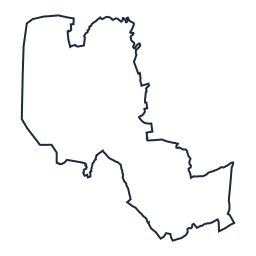 Onicha, Ebonyi, Nigeria (Natural Earth projection)
{"feature_id": "59680162B38335311272259", "entity_name": "Onicha", "entity_type": "district", "adm_level": 2, "iso_a3": "NGA", "parent_name": "Nigeria", "parent_adm1": "Ebonyi", "projection": "natural_earth1", "projection_center": [7.874, 6.105], "detail": "fine", "context": "isolated", "style": "outline", "palette": "slate", "viewbox_px": 256, "rotation_deg": 0, "n_neighbors": 0, "source": "geoboundaries", "source_scale": "gbopen_adm2", "svg_char_len": 5265}
<svg xmlns="http://www.w3.org/2000/svg" viewBox="0 0 256 256"><path d="M21.8,119.1L27.4,128.5L35.3,138.7L40.0,144.9L51.6,144.8L56.7,152.6L56.7,162.8L57.1,163.0L57.2,162.8L57.4,162.8L58.2,163.2L59.1,163.8L59.2,163.6L59.3,163.6L59.7,163.9L60.2,164.2L60.8,164.1L61.5,163.9L63.6,163.1L64.5,162.5L65.7,161.3L66.8,159.9L71.2,160.6L82.6,162.6L83.0,162.8L84.7,163.2L84.9,163.4L85.3,163.6L85.7,163.8L85.9,164.3L85.5,164.7L85.3,165.0L85.4,165.4L86.1,165.5L86.3,166.0L86.0,166.2L86.5,167.2L86.7,167.4L86.7,167.7L86.2,168.1L85.7,169.1L84.6,169.4L84.1,169.5L83.9,170.0L83.8,171.0L83.8,172.6L83.3,172.8L84.0,174.7L84.5,175.5L84.7,175.8L87.2,174.8L87.9,177.4L88.4,177.2L90.3,176.5L90.2,176.2L90.4,175.5L90.5,174.9L90.5,174.2L90.0,172.1L90.7,171.7L91.4,171.2L91.1,170.4L92.6,163.4L93.8,162.1L94.2,160.9L94.9,160.0L95.8,159.5L95.5,158.9L95.8,157.9L96.4,156.1L96.5,155.1L96.9,154.9L97.3,154.9L99.1,153.3L101.6,151.5L102.7,150.7L102.8,151.3L103.2,151.6L104.9,153.3L106.8,155.4L108.2,157.2L109.6,158.3L111.4,159.3L113.4,160.2L115.5,161.6L117.2,161.9L119.1,163.4L120.6,164.6L121.2,167.3L121.4,168.8L121.9,169.8L122.3,171.2L122.3,172.3L122.5,173.1L122.7,173.6L123.0,174.0L123.0,175.0L122.9,175.6L123.0,176.0L122.8,176.4L122.9,177.1L122.7,177.6L123.1,178.2L123.3,179.2L123.7,179.8L124.1,181.3L124.7,181.7L125.3,182.4L126.2,183.6L126.4,185.3L127.3,187.0L128.1,188.4L130.6,199.3L127.2,202.2L131.9,205.7L135.5,207.7L138.7,211.3L139.7,212.4L140.9,213.3L142.1,214.5L142.5,215.6L143.4,216.0L144.4,217.1L145.5,217.8L146.4,218.7L146.8,220.4L147.9,222.6L148.8,222.2L148.7,223.4L149.5,225.5L151.2,228.5L155.9,232.3L160.6,238.6L163.7,236.9L164.9,235.0L166.0,233.2L170.4,234.0L171.1,237.5L172.7,240.6L174.9,240.0L177.4,239.1L181.4,238.1L184.5,236.0L185.7,235.3L187.6,232.4L187.5,228.9L188.6,228.1L190.9,228.3L191.9,227.3L192.4,224.5L193.8,223.9L196.9,227.8L200.9,225.8L201.9,225.9L203.8,224.4L207.1,223.4L209.6,223.3L212.2,222.4L217.6,219.4L218.1,220.6L218.7,222.2L219.0,231.3L224.9,228.4L230.9,224.5L234.2,223.0L231.1,217.5L229.8,215.2L229.1,214.5L228.4,214.3L227.7,213.8L228.3,212.6L228.5,211.8L228.8,211.0L229.4,209.4L229.4,208.1L229.5,205.4L229.3,203.7L228.8,200.5L229.0,198.3L230.1,186.5L231.3,172.5L231.7,167.7L233.1,164.0L233.1,162.5L231.2,162.8L228.9,164.5L227.2,165.6L224.1,167.2L223.6,167.5L221.1,167.2L219.2,168.6L216.2,170.0L213.9,170.7L213.3,171.3L211.3,171.6L208.2,172.7L207.3,174.0L204.6,175.5L202.5,176.3L200.8,176.2L197.2,176.4L194.7,176.5L193.6,176.3L191.0,177.8L190.2,173.4L188.8,170.5L188.5,168.9L189.1,168.2L190.5,167.6L190.9,166.5L190.9,165.6L189.6,164.0L189.3,162.7L189.7,160.5L190.3,159.5L190.4,158.4L188.4,155.9L186.8,150.6L185.6,149.5L182.8,149.4L179.1,147.4L177.7,148.0L176.3,147.4L176.4,145.7L177.9,143.8L177.3,143.5L176.4,143.4L176.0,143.3L175.4,143.0L173.8,142.8L172.7,142.7L170.3,142.1L169.1,141.8L167.9,141.6L166.3,141.2L165.2,140.7L163.5,140.2L162.8,139.8L161.8,139.6L161.4,139.6L160.3,139.6L158.7,139.8L157.7,139.9L156.5,140.0L155.8,140.0L154.5,140.2L153.2,140.2L151.5,140.2L150.5,140.4L149.6,140.5L148.6,140.4L147.6,140.5L147.3,140.2L147.4,139.8L147.3,139.4L147.1,139.3L147.1,138.8L146.8,138.3L146.9,138.1L147.4,137.7L146.8,136.6L146.9,134.6L146.5,132.7L151.8,131.6L152.4,131.6L152.2,130.3L151.9,128.2L151.3,123.5L150.1,123.5L149.0,123.6L148.3,123.6L145.1,123.1L143.0,121.9L141.9,120.9L140.3,119.0L139.8,118.5L139.3,117.7L139.0,117.1L140.1,116.4L141.5,115.6L142.1,115.3L142.6,115.0L144.9,111.9L144.4,108.8L145.9,108.5L147.2,108.3L146.4,102.5L145.1,102.5L145.0,100.6L145.2,98.4L145.4,96.6L145.5,95.2L145.9,91.9L146.6,91.5L146.1,88.4L147.3,87.1L148.9,85.9L148.5,83.7L147.5,84.0L141.5,85.7L141.4,84.7L140.6,81.9L140.2,80.2L140.5,79.0L140.5,78.0L140.3,77.3L140.2,75.7L140.1,73.7L139.7,72.9L138.3,73.7L134.4,63.0L134.1,62.4L134.0,61.9L134.0,61.4L135.1,59.0L135.7,56.9L136.4,55.0L135.8,52.6L135.9,51.4L136.0,49.9L137.1,49.2L139.8,46.4L140.2,44.6L139.4,43.5L138.7,43.7L137.2,44.9L136.0,46.4L134.9,48.3L134.0,48.2L133.0,46.8L134.3,44.4L134.2,43.2L133.8,42.6L133.0,41.9L132.2,41.3L131.3,40.3L130.9,38.7L130.8,37.9L130.6,37.3L130.8,36.6L131.4,35.8L132.6,35.0L133.4,34.0L133.5,33.5L133.3,32.9L132.0,32.8L130.9,33.0L130.2,32.3L132.4,28.4L133.8,24.6L133.9,23.9L133.6,23.0L129.9,21.1L128.5,19.4L128.2,17.9L127.8,17.6L127.0,17.9L126.8,18.3L126.8,18.7L127.6,19.4L127.8,20.3L126.9,22.0L126.4,22.3L126.1,22.3L125.9,22.2L125.6,21.0L125.4,20.2L125.0,19.4L124.0,18.4L123.0,18.0L122.7,18.2L122.8,20.0L121.7,21.4L120.9,21.6L120.2,20.8L118.0,19.0L116.8,18.5L116.0,18.3L114.2,19.2L113.9,19.3L113.7,19.5L113.2,19.8L112.5,19.8L111.4,18.6L110.4,17.7L109.0,17.2L107.1,16.9L105.9,17.1L102.4,19.1L101.6,18.9L100.2,17.4L94.8,21.9L93.8,22.5L91.8,24.1L91.2,25.4L90.6,26.3L89.5,26.5L89.3,27.6L89.2,29.1L88.7,29.8L87.7,30.2L87.8,31.6L87.3,32.5L86.2,32.8L84.1,35.9L84.9,37.6L84.7,39.0L83.9,45.5L77.5,46.6L76.5,46.2L75.9,45.9L75.6,45.5L75.5,45.1L75.2,45.0L74.8,45.0L74.3,45.3L72.7,45.6L71.9,45.9L71.3,46.1L70.2,46.9L69.4,43.7L68.6,40.7L68.2,37.6L67.6,31.5L68.7,30.7L69.2,31.3L70.7,30.5L71.2,29.9L71.2,29.3L71.2,28.9L71.0,28.3L71.1,28.1L70.8,24.3L71.5,24.3L73.5,24.2L73.5,23.2L73.4,22.8L73.5,22.3L73.7,21.5L73.6,20.1L73.7,18.4L67.9,17.5L62.0,16.2L58.4,15.4L43.5,16.6L32.7,19.1L26.8,23.4L23.6,46.3L22.8,71.5L22.7,73.9L22.4,89.8L22.1,102.7L21.8,119.1Z" fill="none" stroke="#1e293b" stroke-width="2"/></svg>